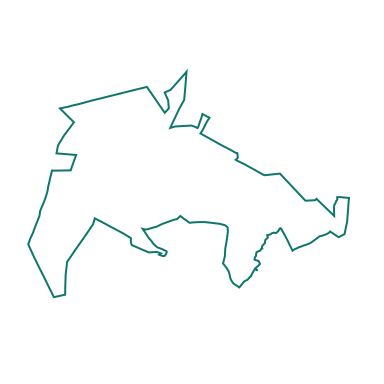 outline of San Andrés Duraznal, Chiapas, Mexico, rotated 96°
{"feature_id": "50627088B44734677505750", "entity_name": "San Andrés Duraznal", "entity_type": "district", "adm_level": 2, "iso_a3": "MEX", "parent_name": "Mexico", "parent_adm1": "Chiapas", "projection": "equal_earth", "projection_center": [-92.796, 17.162], "detail": "fine", "context": "isolated", "style": "outline", "palette": "teal", "viewbox_px": 384, "rotation_deg": 96, "n_neighbors": 0, "source": "geoboundaries", "source_scale": "gbopen_adm2", "svg_char_len": 4301}
<svg xmlns="http://www.w3.org/2000/svg" viewBox="0 0 384 384"><g transform="rotate(96 192 192)"><path d="M248.9,121.7L247.3,121.8L245.0,121.5L242.9,117.7L241.7,117.5L240.8,116.2L239.5,116.8L238.2,116.4L236.5,115.2L235.0,114.1L233.3,114.2L232.0,114.0L231.0,113.2L229.4,111.8L227.1,112.7L226.2,110.0L224.8,108.4L223.9,106.4L224.0,104.0L221.7,102.0L219.2,101.0L218.8,100.1L219.7,99.4L219.7,99.1L220.6,98.5L225.0,95.4L231.0,91.4L233.9,89.7L235.0,89.0L236.1,88.2L239.9,85.9L238.8,84.7L238.2,83.9L236.7,81.3L235.9,80.2L235.3,78.7L234.6,77.4L234.1,76.4L233.4,75.1L232.4,72.7L231.0,70.0L230.2,68.7L225.8,63.7L222.7,60.5L222.2,58.8L220.7,55.5L219.5,53.2L217.8,51.1L217.1,50.8L216.8,50.6L221.2,42.3L221.6,41.4L217.9,35.9L205.0,34.6L181.5,35.3L181.6,44.0L182.0,47.1L184.0,46.7L184.9,47.0L186.1,47.7L188.4,48.3L190.2,49.2L193.0,49.1L200.9,48.1L185.8,67.5L187.3,68.7L188.8,78.3L166.2,104.5L164.5,106.4L164.5,106.5L165.3,110.2L167.7,121.4L167.7,122.1L161.1,137.5L160.1,140.0L159.6,141.1L159.1,142.2L156.6,149.1L156.0,150.6L155.4,151.9L153.1,150.0L151.3,150.4L148.6,151.0L148.6,151.9L148.3,153.0L146.6,156.9L145.8,158.7L145.4,159.8L145.3,160.1L145.0,160.9L144.1,163.2L143.4,165.1L143.0,165.9L142.6,167.0L142.1,168.3L141.8,168.9L141.1,170.6L140.9,171.1L140.7,171.3L140.5,171.9L132.9,189.7L129.9,188.2L128.4,187.5L127.2,187.0L125.4,186.4L120.4,184.5L119.2,183.9L118.7,183.6L116.3,182.4L115.8,183.8L115.3,185.2L114.8,186.2L114.7,186.5L113.4,189.8L118.3,190.6L119.3,191.0L127.0,192.7L127.6,193.1L127.9,193.3L127.3,194.5L126.9,195.7L126.8,196.1L126.7,196.3L126.5,197.4L126.3,198.3L126.1,198.6L126.0,199.2L126.0,199.6L128.6,215.6L130.5,220.3L111.1,213.6L101.2,209.4L88.6,209.6L73.0,210.0L77.7,213.3L92.7,224.0L95.9,229.6L103.3,225.3L111.3,223.8L116.1,227.4L92.2,247.8L94.8,255.1L111.5,301.1L116.1,312.9L117.7,317.6L118.5,319.9L120.3,324.5L121.1,327.1L122.7,332.1L135.0,316.7L144.4,322.3L149.4,325.3L152.4,326.7L157.9,329.3L159.9,330.2L160.6,330.2L162.9,330.4L166.4,330.7L167.8,330.8L167.7,328.8L167.3,311.1L170.2,311.8L171.0,312.0L171.7,312.2L172.9,312.5L174.2,312.9L175.5,313.1L176.8,313.4L179.4,314.1L180.7,314.3L183.2,314.9L183.5,318.0L183.9,321.0L184.4,325.0L184.6,326.7L185.0,330.0L185.3,333.5L186.3,333.6L187.9,333.8L191.9,334.4L194.2,334.7L196.2,334.8L196.5,334.9L198.0,335.1L198.4,335.1L199.0,335.2L199.3,335.3L202.3,335.6L204.1,335.7L206.4,335.8L212.7,337.0L212.9,337.0L213.3,337.2L214.1,337.4L215.1,337.6L215.8,337.8L216.5,338.0L217.3,338.2L218.4,338.5L219.7,338.9L223.9,340.2L226.1,340.8L226.6,341.0L228.3,341.1L229.1,341.1L231.7,341.2L238.9,343.2L243.2,344.4L248.9,345.8L255.3,348.0L258.4,348.7L261.1,349.4L266.1,346.5L271.8,343.1L273.0,342.4L273.9,341.9L277.7,339.5L278.8,338.8L280.7,337.6L284.6,335.1L286.8,333.7L289.3,332.1L294.3,328.9L295.9,327.9L297.2,327.1L298.6,326.2L299.9,325.4L301.0,324.7L302.3,323.9L303.9,322.9L305.1,322.1L306.3,321.3L307.6,320.5L308.9,319.7L310.0,319.0L311.0,318.4L308.6,311.1L307.4,307.4L300.2,308.1L287.5,309.0L274.7,308.9L270.0,306.4L261.2,301.7L249.4,295.1L238.0,288.9L234.4,287.0L228.4,285.9L230.6,280.2L232.5,275.5L234.8,270.0L235.6,267.9L240.5,255.8L244.2,248.0L248.6,247.5L251.1,246.3L253.9,237.4L254.1,236.8L255.1,233.5L255.4,232.5L256.6,228.7L255.8,223.9L255.3,220.6L256.3,216.5L257.8,218.1L258.5,215.5L258.7,213.9L258.4,212.6L256.7,211.4L254.3,210.8L253.6,211.2L251.7,216.5L251.4,217.8L250.9,219.8L250.8,220.1L250.6,220.7L250.0,221.8L249.0,223.1L248.4,223.9L247.6,224.9L246.8,225.6L245.1,227.1L242.0,230.4L233.8,237.2L234.2,234.4L233.7,232.3L233.6,232.0L233.5,231.8L231.0,225.8L230.0,223.1L229.1,221.8L228.3,220.5L226.7,217.9L225.5,215.4L221.4,206.9L220.5,204.1L220.0,203.6L217.1,201.1L219.5,197.3L220.8,194.8L222.1,192.6L222.9,191.2L222.1,187.6L221.9,186.4L221.3,182.6L220.6,176.7L220.6,173.1L220.6,170.1L220.6,169.5L220.7,166.0L220.7,161.8L220.8,160.6L221.5,156.3L221.6,155.6L223.5,152.9L227.5,152.2L229.2,152.2L233.1,152.3L234.3,152.4L238.0,152.5L239.6,152.6L244.5,153.0L252.7,152.6L259.8,153.7L261.8,151.7L264.1,149.5L267.2,147.2L270.1,146.0L273.9,144.8L276.3,143.3L278.6,141.3L279.8,139.1L281.1,136.4L282.0,135.1L281.6,134.7L275.9,131.1L274.2,128.9L273.6,127.7L270.1,125.3L269.6,124.5L267.4,123.9L262.0,121.5L263.4,118.5L261.2,121.0L257.1,117.2L256.4,116.9L253.8,118.4L252.7,122.8L250.2,122.5L248.9,121.7Z" fill="none" stroke="#0f766e" stroke-width="2"/></g></svg>